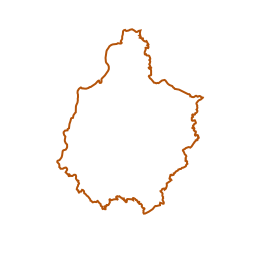 outline of Dak Rlap, Đắk Nông, Vietnam, rotated 145°
{"feature_id": "81297802B2917427008212", "entity_name": "Dak Rlap", "entity_type": "district", "adm_level": 2, "iso_a3": "VNM", "parent_name": "Vietnam", "parent_adm1": "Đắk Nông", "projection": "albers", "projection_center": [107.508, 11.9], "detail": "fine", "context": "isolated", "style": "outline", "palette": "amber", "viewbox_px": 256, "rotation_deg": 145, "n_neighbors": 0, "source": "geoboundaries", "source_scale": "gbopen_adm2", "svg_char_len": 5706}
<svg xmlns="http://www.w3.org/2000/svg" viewBox="0 0 256 256"><g transform="rotate(145 128 128)"><path d="M206.7,135.4L206.5,135.0L206.6,133.4L206.5,133.2L204.7,132.0L203.0,131.9L202.4,131.5L201.8,131.4L201.4,131.0L201.3,130.6L201.4,129.3L201.9,128.6L204.5,127.5L204.0,124.8L202.6,123.7L202.6,123.4L202.8,123.2L204.0,123.1L204.1,122.6L203.1,121.9L202.3,121.8L201.6,120.9L201.1,120.6L198.9,120.6L197.9,119.7L197.9,119.1L198.4,117.9L199.4,116.9L199.7,116.2L199.7,114.0L199.0,113.5L198.9,113.1L199.8,112.3L199.8,110.8L200.3,110.4L201.4,110.1L202.2,109.2L203.5,108.6L205.1,107.3L205.2,106.9L204.6,105.6L205.1,104.7L205.2,103.2L204.8,103.1L204.3,103.5L203.8,103.5L202.8,102.8L201.1,103.7L200.5,103.0L200.3,101.5L201.3,99.6L200.9,98.9L200.6,97.6L200.6,96.4L200.0,94.7L199.9,91.1L200.4,90.0L199.8,89.1L199.7,87.8L199.5,87.3L197.7,86.7L196.5,85.5L196.0,85.4L195.2,85.8L194.7,85.7L194.5,83.0L194.1,81.3L194.8,80.1L194.8,79.5L194.3,78.5L195.2,76.7L195.1,76.1L194.1,75.8L193.4,74.6L193.0,74.4L192.5,75.1L192.3,77.2L191.8,77.1L191.2,76.2L190.7,76.2L190.2,77.0L189.6,77.2L188.4,76.2L187.8,76.3L185.5,77.5L184.2,80.0L183.7,80.0L182.9,78.3L180.6,77.7L178.4,76.4L177.7,75.5L177.4,75.6L177.4,75.9L177.5,77.9L177.0,78.4L175.9,78.3L175.2,77.3L174.2,77.0L173.8,75.1L173.2,74.4L173.2,73.1L172.9,72.8L171.9,72.7L172.1,72.0L172.7,71.4L172.6,70.9L171.8,70.3L172.4,69.4L172.1,68.3L171.6,68.2L170.4,69.3L170.1,70.0L169.5,70.2L169.0,70.0L165.8,67.4L165.2,66.1L164.5,67.5L164.1,67.7L163.6,67.4L162.8,65.7L162.9,64.6L162.3,64.1L162.2,63.6L162.5,61.6L161.4,61.4L161.2,61.1L162.2,60.0L162.3,59.4L162.1,59.1L161.0,58.6L160.8,57.2L160.9,56.7L161.7,55.9L161.8,54.4L161.6,53.9L160.7,52.9L160.7,52.6L161.1,52.2L162.6,51.8L163.3,50.5L164.0,49.8L164.1,48.7L162.9,48.1L159.0,47.5L154.3,47.4L151.3,48.3L150.3,48.4L149.8,47.9L146.1,46.4L145.5,47.4L144.5,48.3L142.7,45.8L142.2,45.6L141.6,46.1L141.3,46.9L141.0,49.2L140.3,49.9L139.5,50.3L139.4,50.8L138.8,51.3L138.8,52.6L138.5,53.2L137.4,54.3L137.2,55.3L137.7,57.3L137.6,57.6L136.8,57.4L135.1,58.3L134.2,58.2L133.8,58.1L133.6,57.7L132.7,57.4L133.2,56.5L132.3,56.5L131.6,56.7L129.9,57.9L129.1,58.7L128.1,60.4L123.5,60.3L122.7,60.7L122.3,60.6L122.3,61.5L123.0,62.1L123.1,62.7L120.1,65.2L119.3,64.9L119.2,64.1L117.6,63.5L117.1,63.7L116.6,64.6L115.1,64.3L114.0,64.9L111.6,64.6L110.5,65.1L110.1,64.8L109.0,64.7L108.2,64.1L106.6,64.4L105.4,63.8L102.8,63.5L102.4,63.6L101.5,64.4L99.9,64.6L99.8,65.4L98.8,66.6L98.9,67.4L99.7,67.8L99.8,68.1L99.0,69.1L98.3,69.4L98.2,70.3L96.4,71.4L96.2,72.5L96.6,73.8L96.0,76.4L96.0,77.9L95.8,78.3L95.2,78.5L93.4,78.2L92.3,78.4L90.3,77.9L89.1,77.5L88.2,76.2L86.5,76.4L82.5,78.0L82.1,78.0L81.8,78.3L80.1,78.6L79.6,79.1L78.7,78.5L77.9,79.0L77.7,78.6L76.7,79.4L75.8,79.3L75.4,79.8L75.7,80.6L75.0,81.5L75.0,82.1L75.5,82.7L77.0,82.9L77.3,83.5L76.9,84.3L75.2,85.2L74.5,86.1L74.5,86.5L75.1,86.8L75.4,88.3L73.9,89.5L73.8,90.3L75.2,90.7L75.3,91.1L74.9,91.4L73.8,91.6L73.3,92.7L72.3,92.8L71.4,93.3L69.9,93.0L69.3,93.5L68.8,95.9L69.3,96.3L70.5,96.6L71.0,96.9L71.3,97.5L71.1,98.1L70.3,99.0L70.1,99.6L69.5,100.0L68.3,99.8L68.2,100.0L68.2,101.4L67.7,102.0L67.1,102.0L66.3,101.0L65.7,100.7L65.2,100.8L64.5,101.5L63.4,101.2L61.9,101.6L61.3,102.3L61.3,103.8L60.3,104.1L59.4,105.0L59.1,105.9L58.4,106.6L58.1,108.4L57.8,109.0L57.2,109.3L54.7,110.0L53.6,110.0L52.1,109.6L50.9,109.8L49.9,109.7L49.3,110.0L50.4,111.3L50.4,112.2L50.9,113.0L51.5,113.4L52.9,113.6L53.2,113.9L53.4,115.0L54.1,115.5L56.0,115.5L56.8,115.8L57.8,116.7L58.2,117.8L58.8,118.2L58.2,119.4L58.4,120.5L59.2,121.1L59.7,121.9L64.2,130.2L67.3,133.3L67.3,134.4L67.7,135.2L67.7,136.9L69.4,139.5L70.0,141.5L70.1,145.5L70.5,146.4L72.9,147.4L77.2,147.2L78.1,148.1L79.2,148.4L80.0,149.6L80.8,150.4L80.7,151.0L81.0,154.6L81.5,156.3L81.3,158.4L80.8,158.7L79.0,158.1L78.5,158.3L77.9,159.3L76.2,161.7L75.7,162.9L76.3,163.9L76.6,164.9L76.5,165.5L76.2,165.6L75.9,165.5L74.9,163.9L74.5,164.0L74.5,165.6L74.1,166.9L74.0,168.1L72.8,168.6L71.6,169.8L71.4,170.4L71.6,171.4L71.4,171.6L70.3,171.7L69.9,172.2L69.6,173.2L69.3,174.8L69.5,175.5L71.1,176.8L71.2,177.3L70.9,178.1L71.9,178.7L71.8,179.1L70.8,180.6L68.4,182.2L67.6,183.6L67.0,183.4L65.7,181.9L65.4,182.0L64.9,182.4L64.6,182.9L64.5,183.7L63.9,184.2L64.6,184.5L64.7,184.8L63.6,185.0L63.3,185.3L63.3,186.7L63.0,188.3L63.0,188.7L64.3,188.9L65.1,190.5L65.4,192.2L64.5,192.6L64.4,192.9L65.6,193.8L66.4,195.0L65.4,195.1L65.2,195.5L65.7,197.2L64.7,197.1L64.3,198.3L63.5,199.1L63.2,199.8L61.9,200.7L63.5,201.4L65.5,201.5L66.3,202.1L66.9,204.2L68.0,206.5L69.9,207.3L71.6,207.5L73.5,208.3L73.9,208.7L74.1,210.0L75.3,210.4L76.0,210.3L76.6,210.0L78.7,207.5L80.2,206.4L81.7,204.3L84.0,203.3L84.3,202.9L84.3,201.4L84.6,201.2L85.2,201.2L86.1,201.7L86.5,202.2L87.8,203.3L89.0,203.3L92.5,205.2L94.0,205.6L96.3,205.6L98.1,204.8L100.8,203.8L101.6,203.2L106.2,198.3L108.1,195.0L108.4,194.0L108.1,191.2L108.3,190.1L108.6,189.2L109.9,187.3L111.4,186.3L116.8,184.3L121.2,183.5L121.9,183.0L122.9,181.4L123.8,180.6L124.5,180.6L125.3,181.2L125.3,181.7L124.6,183.2L124.6,183.5L125.0,183.7L126.0,183.7L129.2,182.9L135.1,183.0L136.2,183.6L137.2,183.4L139.7,184.2L141.4,185.5L142.1,186.3L142.9,186.7L143.2,188.0L143.5,188.3L145.8,188.2L148.0,187.2L149.3,185.6L149.8,184.1L151.3,181.9L152.5,180.7L153.1,179.6L154.8,177.8L157.4,176.3L158.4,175.4L161.8,170.8L163.1,170.6L165.4,169.7L167.2,167.9L168.7,168.5L169.3,168.3L171.0,166.8L173.7,164.8L176.5,161.6L178.0,161.7L178.9,160.8L181.1,162.0L183.1,161.5L183.8,160.5L184.3,158.8L184.2,156.9L186.6,154.5L187.3,153.4L187.7,151.3L187.4,149.4L188.7,147.4L189.6,146.7L191.4,146.0L193.7,146.8L194.8,146.5L197.7,143.3L199.2,142.1L200.2,141.7L202.5,141.0L204.4,141.5L205.0,141.3L205.5,140.5L205.1,138.0L205.6,136.8L206.7,135.4Z" fill="none" stroke="#b45309" stroke-width="2"/></g></svg>